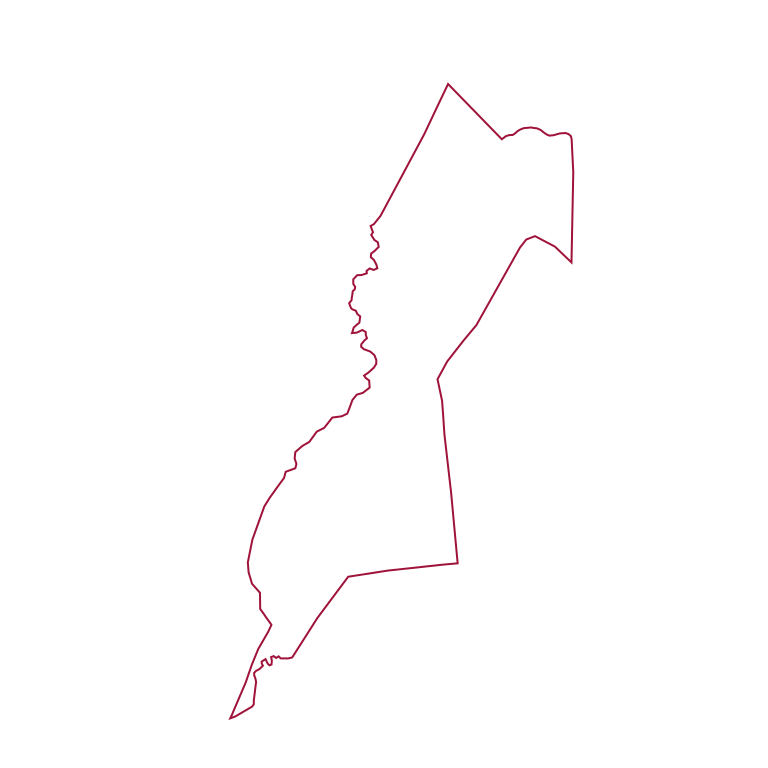 Ar Rahad, Gedarif, Sudan, rotated 69°
{"feature_id": "16777658B55257137653826", "entity_name": "Ar Rahad", "entity_type": "district", "adm_level": 2, "iso_a3": "SDN", "parent_name": "Sudan", "parent_adm1": "Gedarif", "projection": "mercator", "projection_center": [34.809, 13.193], "detail": "fine", "context": "isolated", "style": "outline", "palette": "rose", "viewbox_px": 768, "rotation_deg": 69, "n_neighbors": 0, "source": "geoboundaries", "source_scale": "gbopen_adm2", "svg_char_len": 3765}
<svg xmlns="http://www.w3.org/2000/svg" viewBox="0 0 768 768"><g transform="rotate(69 384 384)"><path d="M641.0,647.3L641.1,642.1L637.9,622.7L636.4,620.4L632.7,618.9L618.2,611.2L616.5,610.2L612.8,609.6L609.6,609.6L607.2,608.8L606.0,606.4L605.5,602.4L603.6,598.0L601.3,598.3L599.3,597.7L598.4,593.2L603.4,592.8L605.6,591.7L605.6,589.6L602.2,587.9L598.5,587.2L598.5,584.5L601.1,582.9L600.5,580.0L603.1,578.8L605.8,572.0L606.4,567.7L578.6,530.1L551.1,486.5L559.6,447.1L573.6,394.3L577.8,379.5L509.9,360.4L452.5,345.6L433.1,339.6L420.5,335.8L398.7,332.3L385.6,316.9L371.9,294.1L362.1,276.6L305.3,208.1L300.1,199.4L300.1,190.0L317.0,175.2L337.7,165.4L254.1,131.4L222.7,121.1L219.6,120.7L216.9,122.1L214.8,124.5L213.1,130.0L212.5,136.5L211.4,140.6L209.6,142.5L207.1,144.3L203.0,146.7L200.1,149.6L198.5,152.7L197.2,154.8L195.2,162.0L195.3,165.9L195.8,168.7L197.2,172.4L197.6,174.8L196.5,177.8L196.3,181.5L197.0,183.7L197.7,186.3L126.9,216.7L145.6,236.4L165.3,257.0L225.8,327.0L231.1,336.1L231.7,339.9L238.3,339.9L240.1,342.2L240.3,342.5L241.9,342.2L246.2,341.3L249.4,339.0L254.1,339.8L255.4,342.8L256.2,344.5L257.2,347.7L257.6,349.2L258.9,349.9L260.5,350.7L261.0,350.8L261.4,350.6L262.2,350.2L262.4,350.1L262.6,349.9L262.9,349.8L263.8,349.4L264.2,349.1L264.5,349.0L265.0,348.9L265.9,348.8L266.9,348.7L267.3,348.6L268.7,348.5L269.2,348.4L269.4,348.4L269.6,348.3L270.0,348.3L270.5,348.4L271.7,348.6L273.1,348.8L273.4,348.8L273.6,348.8L273.6,350.0L273.7,350.3L273.7,350.9L273.7,351.3L273.8,352.8L271.0,356.0L271.9,358.9L272.0,359.3L272.1,359.5L272.2,359.8L272.6,359.9L273.5,360.1L274.3,360.3L274.5,360.4L274.2,365.9L272.8,370.1L273.1,370.6L274.3,373.1L275.3,375.2L279.6,376.8L283.1,376.1L284.9,377.3L285.3,377.6L286.1,379.9L288.2,381.0L289.2,381.5L290.7,382.4L291.0,382.6L291.5,382.9L292.1,383.2L294.2,384.3L295.4,386.4L296.1,387.6L296.6,387.6L299.0,387.6L299.4,387.6L299.6,387.6L300.4,387.6L300.7,387.6L301.0,387.6L302.0,387.3L302.2,387.2L302.4,387.1L302.7,387.0L303.0,386.7L303.5,386.2L304.0,385.7L304.8,384.8L305.2,384.4L305.6,384.0L306.3,384.0L306.7,384.0L307.2,383.9L307.4,383.9L308.1,383.9L308.4,383.8L308.7,383.8L308.9,383.8L309.2,383.8L309.7,383.5L310.1,383.3L310.4,383.1L310.6,383.0L311.2,382.7L311.7,382.4L311.8,382.3L312.0,382.2L312.4,382.0L312.8,382.2L313.0,382.3L313.7,382.7L314.0,382.8L314.4,383.1L317.2,384.6L317.8,385.0L318.0,385.3L318.7,387.5L318.8,387.8L319.4,389.2L320.1,391.3L320.4,392.0L320.7,392.2L321.0,392.5L324.8,395.4L325.0,395.6L326.3,390.8L325.8,384.9L328.9,382.4L332.0,383.5L335.2,383.5L336.3,386.6L338.8,391.0L341.1,392.0L344.3,390.3L348.8,385.2L353.7,382.6L358.8,382.6L362.4,384.0L365.1,387.6L367.7,394.3L369.0,399.6L371.7,399.0L375.4,396.6L382.2,398.7L384.7,406.9L384.2,413.3L387.6,419.2L393.0,423.9L398.5,428.9L399.0,435.0L396.8,444.3L398.8,447.6L403.5,455.5L404.4,463.9L411.3,474.5L412.5,482.2L414.7,488.3L415.8,491.2L421.5,494.1L427.3,494.4L430.9,497.0L430.7,507.2L431.0,507.4L431.3,507.6L432.0,508.2L432.8,508.7L433.1,509.0L433.9,509.5L434.8,510.2L435.2,510.5L435.5,510.7L435.7,510.9L435.9,511.0L436.1,511.3L436.5,511.9L436.6,512.1L439.3,516.3L442.9,521.9L446.2,526.8L449.2,531.4L455.4,539.6L482.2,562.7L501.8,575.1L504.3,575.8L511.3,577.9L519.6,578.5L520.5,578.6L523.2,578.8L533.2,575.1L534.4,574.6L534.8,574.7L536.2,575.3L537.4,575.7L537.7,575.8L538.6,576.1L541.1,577.1L541.4,577.2L541.8,577.3L542.8,577.7L547.0,579.2L548.2,579.7L548.5,579.8L549.1,580.0L549.3,580.1L549.6,580.2L550.4,580.0L551.2,579.8L554.2,579.0L557.8,578.1L559.6,577.7L560.4,577.5L566.0,576.0L566.8,575.8L567.2,575.7L567.9,575.5L568.5,575.4L568.7,575.7L568.9,575.8L569.3,576.2L571.4,578.4L573.9,581.0L582.7,591.9L586.2,596.2L586.7,596.7L598.7,608.0L613.0,620.0L625.9,632.5L636.2,642.5L637.3,643.5L641.0,647.3Z" fill="none" stroke="#9f1239" stroke-width="2"/></g></svg>